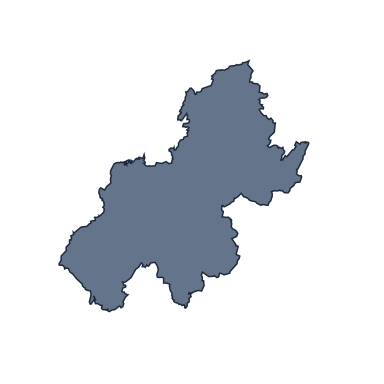 Ballymote-Tobercurry Lea-7, Sligo, Ireland (Albers equal-area conic projection), rotated 293°
{"feature_id": "5873133B63806445794843", "entity_name": "Ballymote-Tobercurry Lea-7", "entity_type": "district", "adm_level": 2, "iso_a3": "IRL", "parent_name": "Ireland", "parent_adm1": "Sligo", "projection": "albers", "projection_center": [-8.685, 54.105], "detail": "fine", "context": "isolated", "style": "filled", "palette": "slate", "viewbox_px": 384, "rotation_deg": 293, "n_neighbors": 0, "source": "geoboundaries", "source_scale": "gbopen_adm2", "svg_char_len": 6038}
<svg xmlns="http://www.w3.org/2000/svg" viewBox="0 0 384 384"><g transform="rotate(293 192 192)"><path d="M281.7,147.2L279.0,149.1L276.6,148.8L274.3,149.7L270.3,149.0L268.7,149.8L268.8,150.4L266.0,149.2L264.6,149.9L263.0,149.1L261.3,149.2L261.3,150.9L260.7,151.3L259.8,150.4L259.0,150.8L256.7,149.5L253.1,150.6L252.8,150.8L253.9,153.4L253.3,153.7L253.6,154.5L262.1,156.4L260.8,157.0L260.9,158.0L256.7,159.0L257.4,160.1L257.4,161.2L256.3,161.9L254.3,161.9L251.5,157.6L248.5,157.9L249.2,159.7L249.0,161.1L250.4,162.4L249.8,164.2L247.0,163.0L246.9,165.0L244.3,164.2L243.5,165.3L241.6,166.0L239.4,163.3L236.8,163.3L235.2,161.0L231.5,160.6L229.0,161.5L226.2,160.4L224.9,160.8L223.6,159.4L226.0,158.0L224.8,158.0L224.4,155.5L222.2,154.2L220.8,155.0L221.0,155.7L220.3,157.7L218.0,158.9L217.1,160.5L215.3,160.7L215.1,161.6L213.6,161.2L210.7,162.0L209.1,159.6L209.8,156.3L206.5,153.0L205.1,147.8L201.6,147.8L199.4,143.3L199.6,142.8L198.1,140.7L198.6,137.8L199.5,137.3L199.6,136.4L200.4,137.5L201.3,137.1L202.2,135.3L204.7,135.3L207.7,133.3L203.6,133.6L203.4,130.1L202.9,130.4L202.9,129.7L202.0,129.0L201.4,129.7L201.1,128.7L201.4,129.5L201.5,128.9L200.8,128.6L201.3,128.1L200.6,127.4L196.7,126.1L197.4,124.0L195.6,123.6L195.3,124.8L194.2,125.7L194.7,125.0L194.7,123.4L196.8,122.3L193.0,121.4L192.1,120.2L191.4,121.0L191.6,120.0L190.6,119.4L192.0,118.5L192.9,119.4L192.4,117.9L193.7,119.0L193.0,118.9L193.0,119.8L195.2,119.8L196.2,121.5L196.6,121.0L193.3,118.1L192.0,116.2L191.7,114.7L190.4,113.8L190.4,112.6L189.3,110.8L187.4,109.3L179.7,108.8L176.7,109.9L175.6,111.4L172.4,111.8L168.4,113.7L163.9,111.4L159.6,110.8L160.2,106.4L157.7,105.7L154.6,106.7L152.5,109.0L151.3,109.2L150.6,111.0L150.9,111.9L149.7,112.3L150.1,112.6L149.1,113.1L148.7,114.5L145.3,116.5L143.1,115.9L142.4,117.7L139.1,118.7L134.0,116.5L134.0,115.9L133.7,116.3L131.2,114.1L130.5,111.6L130.3,113.1L127.9,113.9L126.0,110.9L125.3,110.8L125.7,110.7L125.3,110.1L123.9,111.2L122.0,109.6L119.4,108.8L116.3,103.6L108.5,99.6L108.2,99.2L108.6,98.5L106.5,99.6L104.2,97.6L102.8,99.2L101.0,99.0L100.5,100.1L100.7,99.2L99.9,98.0L96.7,99.5L92.1,97.7L88.9,99.2L81.9,96.6L77.8,98.3L74.1,97.7L72.8,98.3L74.0,101.6L73.1,103.9L71.4,104.8L73.0,106.2L73.3,108.0L70.4,111.4L70.1,114.0L66.9,120.0L64.4,126.9L62.9,127.8L61.9,130.0L61.9,131.0L60.7,132.0L60.5,134.5L60.1,134.5L60.8,134.6L61.2,137.2L57.9,139.3L50.6,140.5L49.1,142.1L49.2,142.8L55.9,144.3L56.9,142.6L58.3,142.8L57.1,142.7L55.3,145.3L53.7,144.9L51.5,146.7L52.4,149.0L51.9,151.9L52.5,153.6L49.7,154.0L48.9,155.6L49.3,157.3L50.3,158.5L49.7,159.2L51.0,160.4L49.8,160.7L49.6,162.6L52.5,164.8L53.3,166.7L58.6,169.8L58.8,170.5L57.7,171.9L59.5,173.1L62.4,172.9L64.0,171.4L69.3,171.8L72.1,173.1L71.8,172.4L72.2,172.4L72.5,169.4L73.4,168.6L72.8,167.3L73.3,166.1L76.6,165.9L78.6,168.0L79.4,167.9L80.2,167.1L79.7,165.8L81.9,163.4L83.0,165.8L89.4,169.4L98.8,170.4L101.9,172.2L106.9,173.1L106.0,175.3L103.9,175.3L104.7,177.9L104.4,178.4L107.2,178.9L106.6,180.4L106.8,181.0L110.6,181.8L112.2,184.4L112.7,185.5L110.7,188.7L107.3,191.4L102.3,191.9L100.1,193.3L100.6,195.6L101.9,197.8L101.4,199.7L97.1,201.4L98.2,204.2L98.4,207.7L96.7,207.9L93.3,210.1L90.7,213.4L88.9,213.8L87.8,215.2L86.5,215.1L85.5,216.4L85.7,217.6L84.2,218.0L83.8,219.4L84.1,222.8L83.4,223.8L84.2,225.1L83.6,227.2L85.2,228.7L84.5,229.1L84.5,229.9L82.6,230.4L82.7,231.5L85.0,232.1L87.8,231.2L89.8,232.3L93.0,230.8L95.3,232.0L97.3,230.6L97.6,229.9L96.8,228.8L97.8,228.6L98.4,229.1L98.5,231.3L100.3,232.2L103.8,236.1L104.6,239.5L110.5,239.7L114.9,237.3L114.1,236.1L117.7,234.7L118.8,233.2L122.3,232.9L120.7,240.6L123.0,245.1L123.7,245.3L123.0,248.3L124.2,249.7L128.0,249.2L128.4,250.2L128.3,253.9L131.0,257.3L132.3,258.6L133.4,258.0L143.4,261.4L146.5,260.7L149.4,261.4L151.7,261.0L151.7,257.4L152.1,256.9L159.9,255.8L160.1,254.9L159.5,253.1L160.8,252.8L164.6,246.9L168.5,250.4L171.8,250.3L173.2,248.4L174.0,245.9L173.9,243.8L175.5,241.6L178.3,241.0L181.1,238.6L181.3,239.5L181.9,239.1L183.0,235.1L182.3,234.2L180.9,229.5L186.2,228.5L187.1,226.2L191.1,224.9L191.6,225.6L190.9,226.5L191.1,227.6L195.9,231.5L198.0,232.3L199.6,234.0L202.9,233.5L202.9,234.2L205.4,236.0L210.0,237.8L207.9,241.3L208.1,245.7L207.0,247.9L207.0,250.0L207.9,254.3L207.0,256.0L206.7,260.7L208.0,261.6L209.4,267.2L212.8,267.1L214.4,267.9L219.3,267.5L221.7,266.6L223.4,265.0L225.5,267.6L226.4,270.4L227.9,271.8L227.6,272.7L228.5,274.2L227.5,277.5L228.8,280.8L231.5,281.5L233.7,280.9L237.8,283.2L240.9,283.4L243.3,287.4L248.6,287.1L249.6,286.3L248.8,284.0L249.4,281.1L252.2,280.7L253.5,279.6L254.4,280.4L266.0,281.2L268.1,280.2L271.1,281.2L273.8,280.1L282.1,280.6L283.1,279.9L282.9,278.5L282.2,278.1L282.4,277.3L281.6,277.3L281.5,276.0L282.0,276.0L280.2,273.0L278.2,272.7L279.0,268.4L275.1,268.3L274.9,269.9L270.4,269.3L270.0,268.0L261.7,265.6L261.4,265.1L261.9,263.6L256.9,263.0L256.1,261.3L258.5,261.4L260.4,260.4L263.8,261.7L265.5,261.5L266.6,259.5L268.6,258.2L267.2,257.4L267.2,254.8L266.2,254.6L266.8,253.2L267.6,253.1L267.9,251.2L267.0,249.1L263.1,245.7L264.0,243.3L265.8,244.4L268.4,244.8L270.4,244.3L270.1,243.2L270.6,241.9L273.2,241.8L279.2,244.4L288.1,241.7L287.4,240.2L287.5,239.3L289.3,238.7L290.8,235.7L288.9,234.7L289.6,232.2L291.2,230.4L290.4,228.3L291.6,225.3L294.0,221.7L295.6,222.6L296.3,225.2L298.0,224.7L298.5,222.6L299.7,222.7L299.3,220.7L300.2,219.5L302.5,219.1L303.1,217.4L305.5,218.9L306.8,221.9L308.0,223.3L310.4,224.1L312.0,222.5L310.1,219.7L310.8,218.0L310.1,214.9L316.1,213.2L317.2,209.8L315.7,205.6L316.8,204.9L316.7,204.2L315.7,202.1L318.6,201.2L320.2,201.6L323.1,200.3L327.4,200.8L331.1,193.4L335.1,193.2L332.4,190.9L330.7,188.0L329.4,188.2L328.4,187.4L328.4,186.7L327.0,185.2L326.7,183.2L325.3,182.4L322.5,177.5L320.3,177.2L316.6,174.1L316.2,171.7L315.1,171.0L315.2,169.8L313.2,167.0L310.1,166.9L306.3,164.8L305.7,166.1L303.7,165.9L303.9,167.4L303.5,167.8L297.6,168.1L291.1,161.0L288.1,161.0L286.7,159.8L286.0,157.5L285.3,157.1L283.8,157.9L283.2,157.1L283.3,156.3L286.0,154.0L287.3,150.5L286.7,149.7L282.5,148.7L281.7,147.2Z" fill="#64748b" stroke="#1e293b" stroke-width="1.5"/></g></svg>